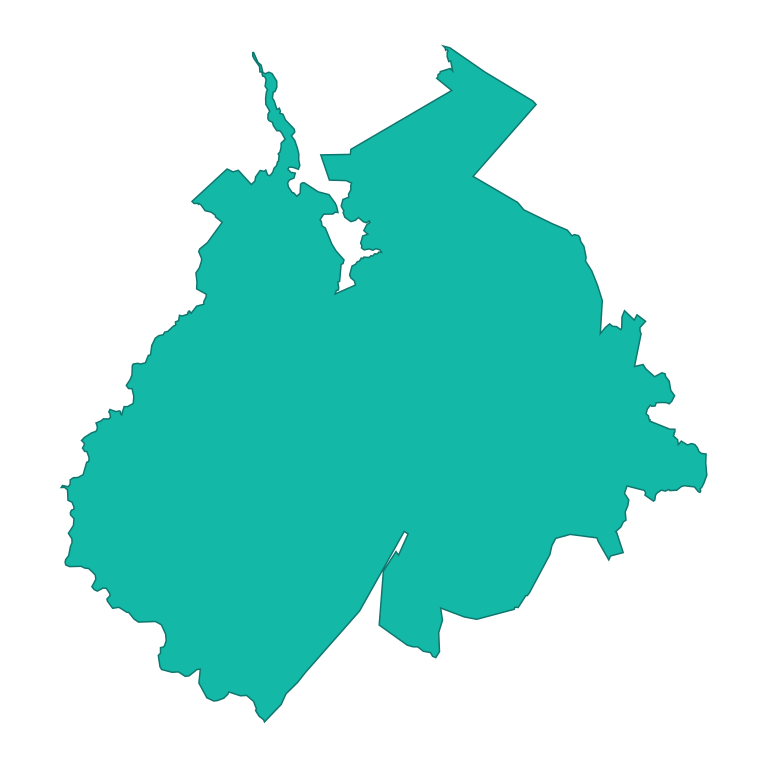 Ahuacatlán, Nayarit, Mexico
{"feature_id": "50627088B49891327076679", "entity_name": "Ahuacatlán", "entity_type": "district", "adm_level": 2, "iso_a3": "MEX", "parent_name": "Mexico", "parent_adm1": "Nayarit", "projection": "equal_earth", "projection_center": [-104.583, 21.051], "detail": "fine", "context": "isolated", "style": "filled", "palette": "teal", "viewbox_px": 768, "rotation_deg": 0, "n_neighbors": 0, "source": "geoboundaries", "source_scale": "gbopen_adm2", "svg_char_len": 6036}
<svg xmlns="http://www.w3.org/2000/svg" viewBox="0 0 768 768"><path d="M264.5,721.9L281.2,704.4L286.0,693.8L297.6,682.4L305.4,672.5L359.5,611.1L404.2,531.5L408.1,533.9L398.5,555.2L396.0,551.6L383.4,571.1L379.2,625.1L407.2,645.1L412.8,646.8L417.8,646.9L423.2,651.2L430.5,652.6L432.6,656.3L435.8,657.6L439.5,651.7L438.7,632.6L442.5,620.2L440.6,608.0L464.1,616.9L476.7,619.3L514.2,609.3L514.8,607.2L518.2,607.5L525.8,595.6L527.3,595.6L529.6,592.5L549.9,554.5L551.8,545.9L555.7,538.4L570.2,534.4L597.0,537.9L598.2,541.4L608.8,559.9L610.5,556.0L623.2,552.6L616.7,532.6L615.7,531.7L620.9,526.9L623.3,521.9L626.0,520.2L625.2,511.9L627.8,505.7L628.8,500.0L624.5,493.3L627.0,486.0L644.4,490.4L645.6,492.8L645.0,495.2L653.5,501.1L654.8,500.1L655.4,495.7L656.5,493.5L661.3,490.1L665.3,491.1L668.8,489.5L669.9,490.6L676.8,490.2L681.1,486.7L684.1,485.7L694.4,486.9L698.5,491.8L699.9,492.3L700.7,491.2L700.2,488.6L701.6,487.6L703.9,483.2L706.8,475.2L705.7,462.7L706.1,454.0L701.4,453.4L698.9,451.5L697.5,447.9L695.0,444.7L693.3,444.0L691.2,443.6L687.5,445.0L681.3,441.1L678.3,444.7L677.6,439.7L673.3,435.8L674.2,434.3L673.9,432.9L674.9,432.0L674.9,429.2L669.8,429.2L649.6,421.0L650.1,419.8L648.9,419.0L648.5,415.9L646.1,413.8L647.3,409.1L650.3,405.1L651.8,406.3L655.1,406.0L656.2,402.8L661.4,402.5L666.3,402.6L669.2,403.8L671.8,401.2L674.6,395.7L670.8,390.4L669.2,381.2L665.7,376.7L665.1,373.8L661.9,372.8L654.6,376.7L645.9,369.0L643.1,364.5L634.5,366.5L641.1,333.8L640.1,331.5L639.9,327.6L645.6,321.3L637.0,314.8L634.3,320.1L624.5,310.7L622.0,317.0L621.7,327.8L620.8,329.7L616.5,326.6L612.6,326.3L609.6,323.9L605.3,327.6L600.3,333.7L602.3,300.6L597.4,285.0L591.8,271.0L585.5,261.0L586.1,257.3L583.9,246.3L580.9,241.8L579.7,237.4L578.4,235.6L574.4,234.6L572.0,235.8L567.3,230.1L552.0,223.6L523.8,209.8L517.6,202.4L473.1,176.4L536.1,104.5L533.0,101.1L485.0,72.1L449.9,47.8L443.4,46.1L445.1,47.8L445.6,50.2L447.0,49.4L448.1,51.1L447.2,52.1L447.2,56.7L448.8,61.6L450.7,61.0L452.6,70.9L450.2,68.5L440.3,71.6L440.0,73.2L438.0,74.7L437.9,77.1L436.7,78.3L451.7,90.5L350.8,149.4L350.4,154.4L320.8,154.9L329.4,180.1L346.1,180.6L351.6,183.1L350.7,185.6L350.9,189.7L348.5,194.1L348.8,197.2L342.9,199.5L341.2,206.2L343.9,211.0L343.1,212.5L344.8,217.2L350.8,221.6L355.3,220.4L358.4,217.5L363.2,221.7L366.4,222.8L369.3,220.9L370.0,222.4L366.7,224.9L363.8,230.6L367.8,234.2L362.7,236.0L360.6,243.4L361.8,245.3L361.5,247.9L364.1,249.9L369.3,248.9L372.8,250.3L375.8,248.7L379.9,249.8L381.6,252.4L378.9,252.1L377.1,254.0L374.6,253.8L372.5,256.1L371.0,255.7L369.0,257.5L363.8,257.1L362.9,258.6L361.3,258.0L359.5,261.1L357.3,261.7L355.7,264.2L352.0,266.1L349.6,275.1L350.9,278.0L354.3,280.8L355.5,285.0L335.1,294.0L336.4,290.4L338.4,290.0L338.7,287.5L337.8,282.2L339.6,281.4L341.1,264.5L343.1,263.5L344.0,259.9L336.1,251.0L331.9,244.2L325.3,228.0L322.0,225.8L321.3,221.3L320.0,219.8L323.7,214.2L333.0,214.0L335.1,212.2L338.0,212.5L336.6,206.4L335.1,203.0L328.9,194.6L318.1,191.8L304.3,182.8L302.1,182.9L300.6,184.2L300.1,193.3L296.8,196.2L293.6,192.8L292.4,192.9L288.5,187.1L287.6,183.1L289.3,180.1L294.0,178.0L295.3,173.1L291.0,172.4L287.9,169.3L288.6,167.8L289.5,167.0L293.5,167.5L298.3,169.3L299.8,165.5L298.7,159.7L298.8,153.9L297.2,147.6L294.7,140.3L291.4,135.9L294.7,132.2L294.6,130.8L294.0,128.9L285.5,120.0L282.9,114.2L279.7,113.2L280.4,111.1L279.3,108.2L276.9,109.4L274.1,100.7L272.4,98.0L273.3,92.1L275.0,91.5L276.8,87.4L276.8,81.3L272.0,73.5L268.8,72.2L265.4,73.7L263.0,72.7L261.1,65.1L257.9,62.3L253.6,52.5L252.7,52.6L252.8,56.1L253.9,58.5L259.5,66.6L259.9,71.9L261.8,72.1L262.6,76.1L264.7,76.6L266.1,79.6L265.1,86.3L267.6,89.9L266.5,91.5L265.6,98.2L265.8,104.3L269.7,111.1L268.0,114.2L267.9,118.8L269.0,120.6L272.4,122.3L273.4,125.7L276.8,130.7L279.7,130.7L281.7,132.9L285.1,139.2L281.1,143.2L281.1,147.2L280.0,151.9L278.2,153.9L279.1,155.7L278.4,161.3L277.6,161.7L276.5,165.7L274.0,168.3L272.8,172.2L269.9,175.7L267.6,175.0L265.8,170.1L264.2,171.3L260.1,170.5L255.6,176.9L255.0,181.0L251.3,184.5L238.3,170.3L233.0,171.9L227.1,169.0L192.0,201.4L194.1,203.5L197.6,203.4L198.5,204.3L199.0,203.6L200.9,204.8L205.1,210.7L211.1,212.1L215.2,215.1L215.6,217.0L222.2,222.3L207.3,242.8L199.8,248.9L198.7,251.6L201.6,258.5L201.5,261.0L199.4,267.7L195.9,273.0L197.0,282.1L196.6,288.9L206.3,294.2L206.0,297.2L203.9,301.3L203.7,304.3L196.7,306.1L191.1,313.3L189.5,311.0L188.4,311.4L188.6,312.7L187.7,312.9L187.6,314.3L182.1,316.0L179.5,315.3L178.6,320.7L175.5,321.8L175.7,325.2L173.4,326.1L167.8,331.4L164.7,332.1L163.2,334.7L158.7,335.7L155.3,338.2L151.8,345.4L150.5,354.7L148.3,355.5L145.4,362.8L140.5,364.0L137.6,363.3L133.3,364.0L132.3,365.6L132.0,374.9L130.1,379.7L126.3,385.4L128.5,388.5L132.1,388.8L133.8,396.5L133.2,403.5L127.6,406.6L124.1,406.6L121.7,414.9L120.5,413.8L120.5,411.6L119.6,410.9L115.8,411.6L109.9,409.5L108.8,412.1L109.8,413.1L110.5,417.2L109.0,418.9L103.3,418.9L101.0,420.9L96.0,423.0L97.3,426.5L97.1,429.5L95.8,431.4L91.5,432.9L84.3,437.5L81.5,440.5L84.0,442.9L84.3,444.8L82.5,448.1L84.7,451.4L86.9,451.5L89.1,457.8L88.8,461.3L86.7,462.3L83.1,474.7L77.9,477.5L73.4,477.7L70.2,479.9L70.1,484.5L68.1,486.7L62.5,485.5L61.2,487.5L64.5,487.4L67.5,489.8L68.0,500.3L72.1,502.3L74.1,507.4L73.6,509.4L71.5,510.1L70.4,512.4L70.5,514.8L74.0,518.7L73.4,525.5L68.4,533.3L71.9,538.8L72.0,542.9L70.4,546.7L68.7,555.6L65.7,559.5L65.1,562.1L65.7,564.9L69.5,566.6L81.1,566.3L84.5,568.0L88.6,568.5L92.5,572.1L95.3,575.1L95.8,579.3L91.9,586.8L94.2,589.6L97.3,591.1L103.0,588.1L106.3,588.2L109.8,593.6L110.0,595.7L106.9,599.1L107.4,601.0L112.6,608.3L118.9,607.3L126.9,612.3L128.6,612.3L134.0,619.0L138.5,622.1L155.4,621.5L161.4,624.8L165.6,634.0L166.2,640.7L164.5,645.8L163.1,647.1L160.5,647.6L160.5,653.3L158.3,655.4L160.0,666.8L161.6,669.5L172.1,672.3L178.4,671.9L185.1,676.3L189.0,675.9L197.0,669.5L200.3,669.2L198.9,683.1L206.9,697.8L213.7,701.0L217.3,700.6L223.8,698.2L227.7,694.4L228.9,692.0L240.5,695.8L246.6,695.4L253.6,701.4L256.5,709.0L255.6,710.2L256.1,711.5L259.3,716.4L263.5,719.6L264.5,721.9Z" fill="#14b8a6" stroke="#0f766e" stroke-width="1.5"/></svg>